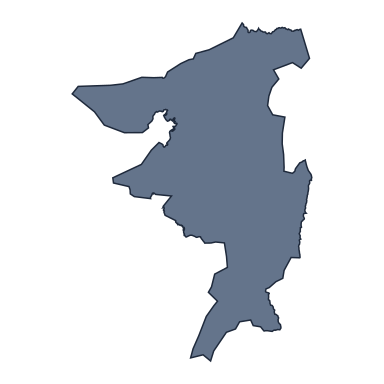 the district of Renchinlxu'mbe, Hövsgöl, Mongolia
{"feature_id": "93677404B49169879261088", "entity_name": "Renchinlxu'mbe", "entity_type": "district", "adm_level": 2, "iso_a3": "MNG", "parent_name": "Mongolia", "parent_adm1": "Hövsgöl", "projection": "albers", "projection_center": [99.78, 51.076], "detail": "fine", "context": "isolated", "style": "filled", "palette": "slate", "viewbox_px": 384, "rotation_deg": 0, "n_neighbors": 0, "source": "geoboundaries", "source_scale": "gbopen_adm2", "svg_char_len": 6009}
<svg xmlns="http://www.w3.org/2000/svg" viewBox="0 0 384 384"><path d="M299.7,257.8L300.0,257.6L300.0,256.5L299.9,255.8L299.9,254.8L299.5,253.2L299.3,251.1L299.0,249.9L298.9,247.5L298.6,246.5L298.8,245.7L298.8,245.2L299.5,244.3L299.8,242.0L299.3,240.4L299.3,240.0L299.7,239.5L300.8,239.1L300.0,237.6L300.2,235.7L299.3,234.0L299.2,233.5L299.8,232.6L300.0,231.8L300.4,231.2L300.2,230.1L300.4,228.9L300.3,227.8L301.1,227.5L301.5,227.2L301.1,225.6L301.1,223.8L301.4,221.8L301.8,221.3L302.6,220.8L303.0,220.1L304.0,219.4L304.3,218.8L304.3,218.3L303.4,216.4L303.4,215.1L303.6,214.0L303.9,213.5L306.2,213.2L305.6,212.6L304.9,211.1L304.9,209.6L305.6,208.1L305.3,206.2L305.8,205.0L305.9,203.7L306.5,202.8L306.8,200.5L306.5,199.6L306.9,198.4L307.0,197.5L307.2,196.7L307.3,195.3L307.9,194.0L307.8,193.1L308.3,190.9L308.6,188.5L308.4,185.9L308.6,185.1L309.6,183.5L309.7,182.4L309.5,181.1L309.7,180.6L310.2,180.2L311.2,180.5L311.5,180.3L311.3,179.0L311.8,177.7L311.3,175.2L310.9,174.2L308.3,170.5L306.8,166.4L305.9,162.9L305.8,162.1L305.4,161.2L305.3,160.0L303.8,160.8L303.3,160.8L301.9,162.0L299.8,162.8L295.7,168.4L295.3,169.2L295.0,170.8L294.5,171.6L292.4,173.3L283.9,171.2L284.1,167.4L283.6,154.4L282.2,143.8L282.4,133.1L284.9,117.1L272.7,114.8L267.6,105.6L268.9,96.0L271.9,87.3L278.8,79.0L273.5,69.8L292.5,62.6L301.2,68.2L309.5,58.4L300.7,29.2L299.5,29.5L298.4,30.3L297.2,29.6L296.2,29.9L295.6,30.3L295.1,30.2L295.0,30.5L294.1,30.7L293.6,31.2L291.6,31.1L291.1,30.1L289.1,29.6L288.7,29.0L287.7,29.6L286.6,29.0L286.0,29.0L284.9,27.7L283.3,28.0L282.3,27.4L281.6,27.6L281.2,28.0L280.4,28.1L279.3,27.7L278.5,27.9L278.0,28.5L277.0,28.4L276.2,29.5L275.4,29.7L274.2,31.2L273.4,31.7L272.6,31.8L271.6,33.3L271.2,33.7L269.7,33.5L269.0,32.7L267.4,33.7L266.8,33.6L265.9,33.0L265.7,32.3L265.1,31.9L264.3,32.1L263.0,32.0L262.3,31.4L261.2,31.1L260.7,30.8L260.3,30.1L259.4,29.5L258.8,28.9L258.6,28.4L258.1,29.4L257.3,30.6L256.3,31.6L254.3,31.4L252.9,30.3L251.1,30.1L250.4,30.6L250.3,31.6L250.0,32.1L249.1,32.6L248.5,32.5L248.0,32.0L248.1,30.6L247.7,29.5L246.9,28.5L246.5,27.4L245.8,27.4L244.3,26.8L243.8,26.4L243.5,24.5L242.1,23.0L233.3,37.8L209.0,49.8L195.8,53.4L193.3,58.9L189.0,59.7L180.7,63.6L167.6,72.0L165.5,76.7L164.6,77.6L163.7,78.2L162.7,78.1L162.3,77.4L153.8,77.7L141.8,77.3L122.9,83.9L110.5,85.3L78.2,86.4L72.2,93.9L94.5,111.8L104.3,125.1L124.4,132.7L142.4,132.6L148.5,127.9L147.9,124.6L151.8,121.1L152.9,119.0L153.0,118.3L152.8,116.8L153.2,115.7L154.5,114.2L155.2,112.6L156.6,111.6L157.1,112.1L157.6,112.0L159.5,111.0L162.2,111.4L162.2,111.8L162.6,112.0L162.4,111.8L163.4,111.2L163.6,110.4L164.0,109.8L165.4,109.7L165.8,109.4L166.4,109.9L167.2,110.1L167.3,110.0L167.6,110.3L166.7,111.7L166.6,112.4L165.8,113.3L165.6,113.8L166.7,113.7L166.6,114.5L165.6,115.3L164.8,115.5L164.5,115.0L165.1,114.8L165.3,114.4L165.3,114.2L165.2,114.2L164.2,114.9L163.7,115.5L163.9,115.8L164.0,115.3L164.1,116.6L166.0,119.8L166.7,120.3L167.0,120.8L167.5,121.2L168.8,120.8L169.1,120.3L169.7,120.2L169.9,119.8L169.6,119.7L169.7,119.4L170.2,119.2L170.9,119.3L171.3,120.0L172.7,121.1L173.1,120.8L173.1,120.6L172.8,120.6L172.7,120.0L173.1,119.9L173.1,119.3L173.4,118.7L174.3,117.9L174.6,117.9L174.9,118.2L174.5,119.1L174.1,119.3L174.4,119.7L173.8,120.3L173.8,120.9L174.0,121.5L174.6,121.1L175.2,121.5L175.0,121.8L174.3,121.9L174.2,122.2L174.5,122.3L174.4,122.5L174.0,122.7L174.5,123.3L175.0,123.6L175.9,123.7L175.9,123.3L176.2,123.2L176.9,123.4L177.0,123.9L175.7,126.0L175.1,126.6L174.3,126.3L173.3,126.4L173.4,126.7L174.5,127.0L174.4,127.3L173.3,127.0L173.6,127.6L174.8,128.8L174.8,129.3L174.5,129.6L172.6,131.2L172.1,131.1L172.8,129.8L173.8,128.9L173.6,128.8L171.1,130.3L169.8,131.4L169.5,132.7L169.9,134.3L170.1,136.1L170.5,137.8L169.9,139.5L169.2,140.4L166.9,142.9L166.8,143.7L167.7,144.1L167.5,144.9L167.3,145.2L165.9,145.3L164.9,146.7L164.6,147.0L164.0,147.1L163.2,146.2L162.9,144.7L161.8,143.9L159.0,142.5L151.3,150.2L141.4,164.4L112.8,177.8L113.5,183.0L129.0,186.6L130.1,189.9L130.3,193.9L134.3,196.6L150.6,198.6L150.4,197.9L150.6,197.5L150.6,196.9L151.6,195.6L152.3,193.6L152.4,193.4L152.9,193.9L153.4,193.9L153.6,193.0L153.9,193.0L155.6,194.4L171.5,196.0L163.2,206.3L163.1,207.4L162.9,207.7L164.0,207.4L164.0,208.0L164.2,208.4L164.1,208.8L163.5,209.7L163.5,210.3L164.1,210.5L164.4,211.3L163.9,211.9L165.1,215.3L175.7,220.6L175.8,221.1L175.6,221.8L175.7,222.1L176.8,223.3L177.6,223.4L177.5,224.2L177.8,224.7L178.3,224.5L178.6,224.7L179.1,224.5L179.8,225.2L180.3,225.0L180.2,224.7L180.9,225.5L181.5,225.4L182.0,226.0L182.1,225.9L182.0,225.5L182.4,225.7L182.5,225.9L182.3,226.2L182.3,226.4L182.9,226.6L183.1,227.9L183.6,228.3L184.2,227.8L184.4,228.4L184.4,229.2L183.7,229.5L183.6,229.9L184.1,229.9L184.1,230.1L183.8,230.3L183.4,230.3L183.8,230.8L183.6,231.3L183.7,232.8L184.4,233.9L184.2,234.1L184.4,234.5L184.1,234.8L184.2,235.5L185.0,235.8L185.8,236.9L186.3,237.0L189.7,235.4L190.7,235.2L192.1,235.3L195.0,236.5L196.3,237.3L197.4,237.2L199.1,236.6L200.0,236.9L200.5,236.8L200.7,237.6L201.2,238.2L201.5,238.9L202.4,239.7L202.6,240.3L204.0,241.9L204.7,243.1L211.0,243.0L215.6,242.0L224.4,242.9L226.5,256.4L227.4,267.4L214.7,274.1L211.5,286.9L208.4,292.3L217.5,301.2L213.8,305.8L206.3,316.4L198.8,335.7L193.1,348.7L190.6,357.9L203.1,354.8L210.6,361.0L213.7,351.0L226.4,332.3L235.5,329.0L239.6,321.8L250.7,320.0L253.2,325.6L260.6,326.8L263.8,330.8L264.1,331.0L265.6,330.7L267.4,330.7L272.2,331.4L273.4,330.5L274.3,330.1L275.3,330.3L276.0,329.9L276.7,330.0L277.5,329.5L279.8,329.8L280.9,328.1L280.9,327.0L280.4,324.5L279.1,323.4L278.2,321.7L278.2,320.7L278.0,319.7L278.4,318.9L278.6,317.8L278.1,317.0L277.9,315.9L275.8,314.3L274.8,314.2L274.3,312.3L274.3,311.5L274.7,310.1L273.6,309.2L273.1,306.8L272.2,305.5L270.6,305.2L270.5,304.4L270.0,303.7L270.0,302.6L269.7,300.6L269.0,300.0L268.5,299.8L268.4,298.6L268.6,297.8L268.6,295.7L268.4,294.7L269.2,293.6L269.2,293.3L268.4,292.8L266.1,292.2L265.5,291.2L266.0,288.9L269.2,287.6L275.9,281.7L282.8,278.3L284.1,270.4L291.1,257.5L299.7,257.8Z" fill="#64748b" stroke="#1e293b" stroke-width="1.5"/></svg>